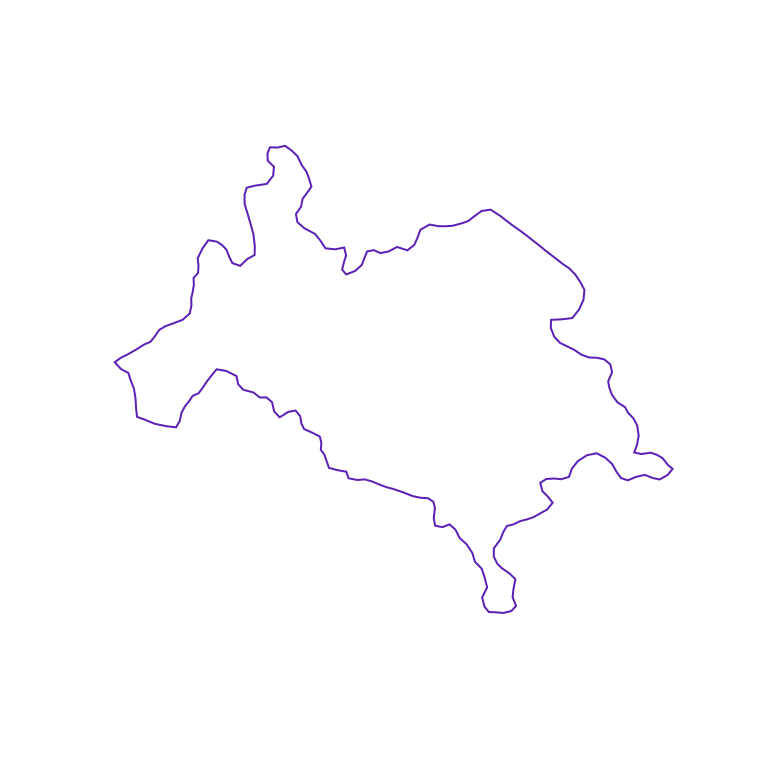 Maravilhas, Minas Gerais, Brazil (Mercator projection), rotated 54°
{"feature_id": "56859067B58643809104177", "entity_name": "Maravilhas", "entity_type": "district", "adm_level": 2, "iso_a3": "BRA", "parent_name": "Brazil", "parent_adm1": "Minas Gerais", "projection": "mercator", "projection_center": [-44.67, -19.514], "detail": "fine", "context": "isolated", "style": "outline", "palette": "violet", "viewbox_px": 768, "rotation_deg": 54, "n_neighbors": 0, "source": "geoboundaries", "source_scale": "gbopen_adm2", "svg_char_len": 3201}
<svg xmlns="http://www.w3.org/2000/svg" viewBox="0 0 768 768"><g transform="rotate(54 384 384)"><path d="M622.3,200.4L616.4,201.9L607.7,202.2L601.4,205.0L596.2,208.8L591.9,217.0L586.4,221.8L581.9,215.0L575.6,208.4L566.2,203.5L558.0,202.4L550.6,203.5L544.4,202.6L536.1,205.9L526.5,205.9L519.5,203.9L513.6,201.1L508.5,192.5L501.0,189.4L493.2,191.5L487.6,196.7L483.0,202.6L475.9,207.3L468.4,209.9L462.2,213.2L454.3,217.4L445.8,218.5L436.7,216.1L430.3,211.1L436.4,201.8L441.3,192.9L438.4,182.4L433.1,173.1L425.7,166.5L417.2,165.3L407.8,164.9L399.2,166.2L393.3,168.4L385.1,170.8L377.3,173.1L370.1,175.2L362.3,177.2L354.8,179.4L346.6,181.7L338.3,184.3L332.0,186.5L324.9,188.7L316.4,191.1L305.6,195.3L301.4,203.3L301.4,213.2L301.7,219.8L299.7,226.7L296.2,235.7L292.0,242.3L288.3,247.2L281.8,253.4L280.6,263.8L285.6,271.3L289.3,277.9L289.6,286.5L280.8,292.9L279.5,302.4L275.9,310.1L269.8,313.5L266.8,319.7L271.0,326.4L274.6,332.0L275.6,340.9L273.1,350.2L266.8,350.6L261.9,344.8L257.7,339.1L250.2,336.0L246.3,344.4L239.8,351.6L230.6,351.2L222.1,351.6L211.4,356.8L202.2,358.9L194.8,355.4L191.9,347.1L186.3,340.9L184.4,334.7L181.7,326.7L172.9,323.6L166.3,321.9L158.4,321.9L148.8,320.1L140.5,321.6L133.2,324.0L130.1,331.2L125.5,337.1L129.1,342.9L135.1,346.8L143.6,345.3L150.3,351.2L153.2,361.2L147.8,371.6L144.5,379.6L148.8,385.5L156.5,391.0L166.7,394.5L176.5,398.0L186.5,401.8L196.7,407.6L203.6,412.9L202.5,421.2L203.9,430.9L197.1,435.6L189.6,434.3L182.6,432.5L176.5,433.3L170.5,435.6L164.4,441.6L167.7,451.3L172.8,460.9L179.2,464.5L184.9,469.2L186.3,475.8L192.1,479.6L197.3,484.9L201.5,489.7L207.5,493.8L212.7,499.7L213.7,509.1L211.3,518.0L208.8,526.7L208.1,534.0L210.7,541.2L212.6,548.2L211.1,554.7L210.4,564.7L209.4,574.1L208.1,581.4L208.1,589.0L217.3,588.0L224.8,584.3L231.5,586.6L240.7,589.0L249.4,593.4L257.7,598.7L265.4,603.1L272.4,598.4L281.5,592.8L290.3,584.8L296.8,577.7L293.9,571.0L288.3,564.8L285.1,558.2L283.4,552.0L281.1,545.7L282.5,539.5L280.4,532.6L277.9,526.0L276.0,519.4L273.7,510.8L280.8,503.9L290.9,498.7L298.5,502.1L306.0,501.2L314.1,494.6L321.9,492.4L325.8,486.9L333.0,485.3L341.4,488.9L349.6,488.0L350.3,477.8L353.5,471.2L360.7,470.7L367.5,474.1L373.5,475.1L380.6,471.0L388.7,466.8L394.7,469.2L400.1,473.8L406.1,473.8L412.2,475.6L419.5,477.8L425.9,472.7L432.8,466.1L439.4,468.1L446.1,461.9L449.8,455.7L456.3,450.6L462.8,446.7L468.6,442.9L474.9,437.8L483.4,431.9L491.5,426.7L497.6,421.2L502.3,415.5L508.4,413.3L514.3,415.7L521.7,422.6L528.7,425.9L534.2,420.8L536.1,413.5L543.7,411.8L552.8,413.3L562.3,411.4L572.5,411.8L581.2,414.9L590.9,413.5L600.4,416.6L609.2,420.1L614.4,430.1L623.3,433.6L630.1,433.2L634.1,428.1L639.5,421.9L642.5,414.2L641.2,407.6L632.1,405.3L625.6,399.4L619.1,392.4L611.2,393.8L602.3,396.9L596.2,398.0L588.3,396.7L581.5,391.7L578.2,381.3L573.6,374.0L571.1,368.0L573.6,362.0L575.0,354.3L577.5,348.1L579.6,341.5L580.6,332.5L581.5,326.0L579.2,317.3L570.8,317.7L563.8,318.8L555.8,315.7L556.3,308.4L560.4,302.0L565.2,296.6L567.9,289.0L562.9,281.7L560.3,272.4L560.9,261.7L565.0,252.7L573.7,248.3L582.7,246.5L591.9,247.5L599.5,247.5L605.2,243.4L607.3,234.7L610.8,226.4L618.1,221.8L623.3,217.1L624.3,208.0L622.3,200.4Z" fill="none" stroke="#5b21b6" stroke-width="2"/></g></svg>